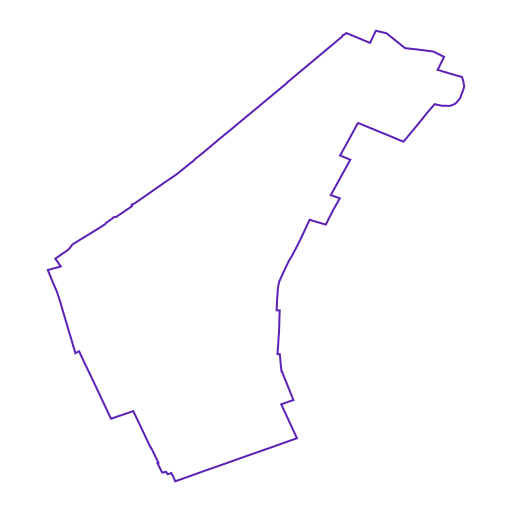 Salcia Tudor, Braila, Romania (Robinson projection)
{"feature_id": "2599482B15573123019161", "entity_name": "Salcia Tudor", "entity_type": "district", "adm_level": 2, "iso_a3": "ROU", "parent_name": "Romania", "parent_adm1": "Braila", "projection": "robinson", "projection_center": [27.512, 45.411], "detail": "fine", "context": "isolated", "style": "outline", "palette": "violet", "viewbox_px": 512, "rotation_deg": 0, "n_neighbors": 0, "source": "geoboundaries", "source_scale": "gbopen_adm2", "svg_char_len": 2823}
<svg xmlns="http://www.w3.org/2000/svg" viewBox="0 0 512 512"><path d="M296.9,438.2L293.9,431.6L289.6,422.4L288.9,420.8L283.5,409.2L281.2,404.3L289.8,401.3L293.4,400.1L292.9,398.8L291.6,395.7L289.4,390.1L281.8,371.2L281.5,371.3L280.6,363.3L280.6,362.5L279.8,354.2L277.5,354.1L278.3,343.2L278.2,343.1L279.0,332.5L279.0,332.2L279.4,321.5L279.3,321.0L279.7,310.4L276.6,310.3L277.1,299.2L277.7,291.3L277.9,288.3L277.9,288.0L278.0,287.4L279.3,281.3L284.0,271.1L288.9,260.8L291.7,256.3L294.6,250.9L297.6,245.1L300.1,240.1L304.8,230.1L309.6,219.8L325.8,224.6L333.0,210.4L339.8,198.3L330.8,195.1L350.3,159.7L340.1,155.5L348.7,140.0L357.3,124.1L358.1,123.0L378.6,131.4L403.5,141.7L419.0,123.0L425.2,115.3L426.6,113.4L434.7,104.1L436.3,104.6L441.8,105.7L449.9,105.9L454.8,104.0L456.8,102.2L459.0,99.6L459.5,99.0L460.1,98.3L460.5,97.3L461.0,95.6L461.6,94.2L462.9,90.8L463.8,87.9L464.2,86.4L463.3,81.2L462.0,77.0L449.7,73.5L437.6,69.9L439.5,66.2L440.9,63.3L444.1,56.9L433.9,51.8L433.2,51.5L418.3,49.6L405.7,48.2L405.0,48.1L397.4,42.0L386.9,33.6L386.6,33.3L375.9,30.7L370.0,42.9L351.8,35.3L349.7,34.4L349.4,34.3L346.4,33.1L345.7,33.4L344.8,34.3L344.3,34.7L343.9,34.8L343.2,34.9L342.8,35.1L342.6,35.6L342.2,36.6L341.4,37.2L338.2,39.8L335.3,42.3L316.6,57.9L306.7,66.2L302.6,69.6L286.7,82.9L286.7,83.2L286.1,83.7L273.5,94.2L260.0,105.4L237.4,124.1L234.7,126.4L219.1,139.2L203.2,152.6L198.5,156.4L195.8,158.4L195.0,159.2L193.4,160.9L189.1,164.2L176.5,174.4L164.5,182.5L148.1,194.0L140.1,199.6L134.1,203.7L133.2,203.9L132.8,204.0L132.3,204.4L131.5,205.0L132.1,206.1L116.1,217.0L115.3,216.9L114.4,217.0L113.8,217.2L113.2,217.5L112.9,217.9L112.5,218.4L107.2,222.1L106.7,222.4L106.2,222.8L105.4,223.9L104.3,224.7L97.5,229.1L79.6,240.0L77.9,241.1L72.5,244.4L71.5,245.7L71.0,246.4L70.5,247.0L69.3,248.6L68.9,249.1L68.6,249.5L68.2,249.8L65.9,251.4L62.6,253.6L55.3,258.7L55.8,259.4L56.2,260.0L57.1,261.1L58.2,262.7L59.2,264.2L59.8,265.1L60.8,266.5L47.8,270.0L48.5,271.8L49.2,273.4L50.9,277.7L54.3,285.7L56.5,290.7L56.6,291.0L57.6,293.8L59.2,298.7L59.5,299.6L59.7,300.2L59.7,300.3L59.9,300.7L60.3,302.1L60.8,303.9L63.1,311.8L63.8,314.0L64.2,315.5L67.5,326.6L70.9,337.9L73.3,346.1L74.7,350.8L75.2,352.4L75.4,353.1L75.5,353.0L79.1,351.3L83.8,361.4L86.7,367.4L89.9,374.1L94.8,384.3L97.9,390.9L107.3,411.0L111.0,418.7L122.8,414.7L128.1,412.9L132.1,411.5L133.3,411.1L142.1,429.6L150.7,447.8L151.1,447.7L158.4,462.7L157.4,463.0L162.1,472.5L163.0,472.2L163.6,472.5L165.9,471.8L166.1,471.9L167.8,474.3L171.3,473.0L172.5,475.4L172.9,475.8L175.2,481.3L179.5,479.8L191.9,475.4L203.5,471.2L209.2,469.2L215.0,467.2L226.9,463.0L238.7,458.8L240.9,458.0L250.3,454.7L262.0,450.6L262.3,450.5L268.3,448.4L270.0,447.8L273.7,446.5L276.2,445.6L282.6,443.3L284.1,442.8L286.8,441.8L290.3,440.6L293.4,439.5L296.9,438.2Z" fill="none" stroke="#5b21b6" stroke-width="2"/></svg>